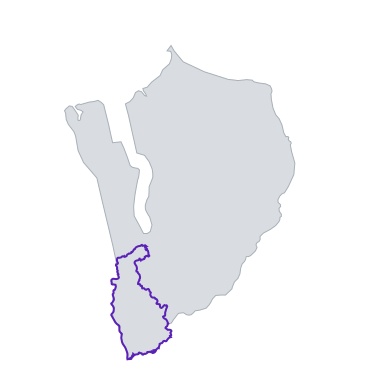 Senegal, with Kédougou highlighted, rotated 76°
{"feature_id": "SEN-5515", "entity_name": "Kédougou", "entity_type": "Region", "adm_level": 1, "iso_a3": "SEN", "parent_name": "Senegal", "parent_adm1": "", "projection": "albers", "projection_center": [-12.553, 12.877], "detail": "fine", "context": "in_parent", "style": "outline", "palette": "violet", "viewbox_px": 384, "rotation_deg": 76, "n_neighbors": 0, "source": "natural_earth", "source_scale": "10m", "svg_char_len": 8474}
<svg xmlns="http://www.w3.org/2000/svg" viewBox="0 0 384 384"><g transform="rotate(76 192 192)"><path d="M295.6,176.6L300.1,184.5L299.1,188.3L298.1,193.9L300.6,197.9L303.6,200.5L305.8,202.9L308.1,206.3L308.5,212.9L308.1,217.7L309.6,219.9L310.9,222.6L310.7,224.9L309.8,226.9L307.0,229.6L306.5,234.6L311.2,240.6L314.2,243.8L314.2,245.7L315.0,247.8L317.2,250.2L318.6,249.6L320.1,247.6L320.7,246.3L324.7,246.9L326.6,247.5L329.2,251.4L330.2,254.0L330.8,257.3L333.5,261.4L335.9,264.3L336.4,266.1L338.5,268.5L337.2,274.0L337.4,276.8L336.0,284.1L335.7,287.5L335.8,288.8L339.0,291.4L338.6,295.1L335.4,294.4L329.8,294.0L318.5,296.0L314.6,295.2L307.2,295.5L301.9,296.5L295.2,298.9L290.0,298.4L287.2,296.5L283.5,296.6L279.3,295.6L274.9,293.8L270.8,292.8L266.5,289.5L264.4,288.9L263.0,289.7L261.8,290.9L260.5,291.6L258.1,290.9L257.2,288.7L258.0,286.4L258.2,284.8L257.1,283.9L254.4,283.5L250.1,283.5L243.1,282.8L241.6,282.4L226.0,281.8L209.8,281.6L196.2,281.5L178.9,281.3L166.7,281.1L155.4,280.9L146.6,285.3L137.1,290.1L124.3,292.5L109.6,291.4L104.9,292.0L100.0,294.1L96.5,295.6L91.4,296.5L84.9,295.6L82.2,296.0L80.6,293.8L78.8,290.2L80.0,287.5L84.0,285.9L90.0,283.8L93.2,285.0L95.0,285.1L95.4,283.7L94.8,282.9L90.3,280.9L88.0,278.3L86.0,279.8L84.3,282.9L82.9,283.8L80.8,284.6L79.7,282.5L79.3,280.4L80.2,278.8L79.9,269.9L80.5,265.2L80.3,261.0L83.2,258.3L85.9,256.6L96.3,256.6L106.1,256.6L115.4,256.9L125.0,257.1L126.1,248.8L129.1,248.2L133.6,247.4L142.0,246.4L151.4,245.6L153.5,244.0L155.0,241.2L156.0,238.8L158.0,237.7L160.6,238.6L164.0,239.9L167.6,242.0L171.7,243.9L174.4,245.1L180.9,248.0L192.1,252.2L201.3,253.9L212.4,251.0L220.5,249.1L221.5,245.5L220.2,242.0L214.3,238.8L206.1,239.1L203.6,240.0L199.8,241.0L197.6,241.4L193.7,240.6L188.9,237.8L185.8,235.0L181.6,233.7L176.5,232.3L168.4,226.5L164.2,225.5L160.2,225.1L152.4,226.2L144.9,229.2L140.8,236.1L133.3,235.9L117.2,235.5L102.5,235.1L90.4,235.3L89.2,230.3L86.4,226.2L81.8,222.7L80.8,219.5L82.4,216.8L87.0,214.6L88.0,212.9L85.7,213.2L82.1,214.6L79.7,214.6L79.5,210.2L75.6,204.5L71.3,194.8L66.3,190.8L62.2,182.9L57.9,179.9L53.8,178.4L50.4,178.6L49.0,182.1L44.8,176.9L50.8,175.2L63.5,169.1L78.3,151.0L91.6,129.5L93.4,124.4L95.0,120.5L96.2,111.7L98.1,106.4L99.9,105.5L102.1,101.4L104.9,94.4L107.9,90.5L111.3,89.8L113.9,90.1L115.7,91.6L121.2,92.6L130.2,93.1L137.2,92.1L142.2,89.7L148.7,88.5L156.7,88.6L160.9,87.6L161.4,85.5L162.4,84.9L164.1,85.8L165.7,85.5L167.2,84.0L168.6,83.9L170.1,85.2L176.8,85.6L188.8,85.2L199.8,89.0L209.9,97.1L215.1,102.4L215.5,105.0L217.1,107.7L220.2,110.4L222.9,111.0L225.5,109.3L227.5,109.5L228.9,111.5L231.8,112.0L235.0,110.7L237.3,111.2L237.7,112.4L238.3,113.0L239.8,113.3L241.9,114.9L244.9,119.1L247.2,125.0L249.1,132.6L251.5,136.7L254.6,137.4L256.3,139.0L256.7,140.8L257.5,142.0L259.0,142.7L261.6,142.3L264.6,144.8L267.8,150.4L268.4,152.9L267.8,154.2L268.0,155.2L270.2,156.2L272.2,158.0L273.9,160.7L277.5,163.1L283.0,165.3L287.0,168.4L289.5,172.6L294.5,176.2L295.6,176.6Z" fill="#d9dde1" stroke="#a8b0b8" stroke-width="1"/><path d="M313.9,246.9L314.0,247.5L314.5,247.6L315.7,248.2L316.1,248.5L316.3,248.8L316.6,249.8L316.8,250.1L317.4,250.6L317.7,250.6L317.9,250.4L319.9,248.8L320.0,247.9L320.3,246.9L320.8,246.0L321.5,245.6L322.2,245.7L322.6,246.1L322.9,246.6L323.3,247.0L323.8,247.0L324.7,246.8L325.9,246.8L326.2,247.0L326.1,247.7L326.2,248.2L326.7,248.2L327.4,248.1L327.7,247.9L327.7,249.0L328.1,250.0L329.2,251.6L330.3,252.6L330.5,253.0L330.5,253.6L329.9,254.5L329.7,255.0L329.8,255.9L330.3,256.5L330.9,257.0L331.3,257.7L331.3,259.4L331.6,260.2L332.4,260.4L333.1,260.8L333.7,261.2L334.3,261.6L335.1,261.8L335.6,262.0L335.5,262.3L335.3,262.7L335.2,263.0L335.8,264.0L336.1,264.6L336.3,264.9L336.5,265.0L336.9,265.2L336.8,265.4L336.6,265.6L336.4,265.8L336.4,266.3L336.3,267.2L336.2,267.7L336.9,267.9L337.5,267.6L337.8,267.1L337.9,266.2L338.3,266.6L338.5,267.1L338.7,267.7L338.8,269.0L338.6,269.3L338.3,269.5L337.9,269.8L337.7,269.8L337.4,269.6L337.0,269.5L336.7,269.7L336.7,270.0L336.9,270.3L337.2,270.5L337.3,270.8L337.1,271.3L336.8,271.8L336.7,272.3L336.8,273.1L336.7,273.3L336.6,273.5L336.5,273.8L336.5,274.1L336.9,274.3L337.0,274.3L337.3,274.6L337.5,274.9L337.6,275.3L337.7,275.8L337.8,276.4L337.7,277.0L337.4,277.3L337.4,277.5L337.9,278.5L338.0,278.9L337.6,279.6L336.9,279.7L336.3,279.9L335.8,281.2L335.4,281.5L335.1,281.8L335.1,282.5L335.3,282.7L335.7,282.8L336.1,283.1L336.3,283.6L336.3,284.1L336.1,285.6L336.1,286.2L336.2,286.5L336.3,286.9L336.2,287.4L335.2,287.9L334.8,288.2L335.4,288.4L335.7,288.6L336.3,289.6L336.7,289.9L336.6,289.6L336.9,289.1L337.3,288.9L337.6,289.7L337.7,290.1L338.0,290.9L338.1,291.4L338.5,290.7L339.2,291.3L339.1,292.5L338.8,293.8L338.7,295.1L337.4,295.0L334.2,293.9L332.6,293.7L328.4,294.1L326.4,294.5L322.7,295.9L320.9,296.2L317.0,296.0L316.0,295.8L313.1,294.6L312.9,294.4L312.6,294.4L312.4,294.5L311.8,294.9L310.0,295.9L309.4,296.0L308.3,295.9L305.4,295.0L304.2,295.0L303.4,295.5L301.8,296.9L300.0,297.9L291.8,300.1L291.1,299.7L289.7,297.6L288.8,296.9L286.7,296.2L285.7,295.9L284.9,295.9L284.1,296.1L283.1,296.4L281.7,297.2L281.4,297.3L280.6,297.3L280.5,297.1L280.4,296.8L280.2,296.3L278.8,294.8L278.0,294.1L277.1,293.7L276.1,293.6L273.0,293.8L272.0,293.7L271.7,293.3L271.5,292.8L270.7,292.4L269.3,292.3L268.8,292.1L268.3,291.7L268.2,291.2L268.3,290.9L268.3,290.7L267.1,289.7L265.2,288.7L263.5,288.7L262.7,290.6L262.5,291.6L262.0,292.1L261.2,292.1L260.3,291.8L259.4,291.9L258.6,291.8L257.8,291.4L257.3,290.6L257.1,289.7L257.3,288.9L258.0,287.2L258.2,286.3L258.2,285.3L258.0,284.4L257.4,283.7L256.7,283.6L255.8,283.8L254.9,283.8L254.1,283.3L253.6,283.9L253.2,283.6L252.9,283.6L252.6,283.6L252.2,283.6L251.6,283.8L251.4,283.9L251.1,283.7L250.7,283.2L250.4,283.1L250.1,283.1L249.2,283.4L248.8,283.4L248.4,283.4L247.8,283.0L247.4,282.9L247.0,282.9L245.5,283.2L245.3,283.3L245.2,283.4L245.1,283.5L244.8,283.5L244.5,283.5L244.1,283.2L243.9,283.1L243.9,282.3L243.5,281.3L242.9,281.0L242.6,281.1L242.4,281.2L242.0,281.3L241.5,281.4L240.4,281.4L239.8,281.3L239.3,281.1L238.6,280.8L238.3,280.5L237.9,280.1L237.9,279.8L237.9,279.5L238.1,279.1L238.2,278.9L238.3,277.0L238.3,276.7L238.2,276.4L238.0,276.0L237.7,275.6L237.6,275.3L237.6,275.0L237.6,274.7L238.0,274.1L238.1,273.9L238.2,273.6L238.0,273.4L237.8,273.2L238.2,273.0L238.5,273.0L238.7,272.9L238.7,272.6L238.5,272.2L238.4,271.1L238.1,270.9L237.5,270.4L237.0,269.9L236.9,269.5L236.7,268.7L236.5,268.4L236.4,268.1L236.5,267.9L236.6,267.7L236.7,267.4L236.5,265.9L236.4,265.7L236.2,265.6L235.9,265.5L235.6,265.4L235.5,265.2L235.7,264.8L235.8,264.5L235.7,264.3L235.3,263.9L235.0,263.5L234.5,262.9L233.7,262.4L233.6,262.2L233.6,261.9L233.6,261.6L233.6,261.3L233.5,261.1L233.2,261.0L232.9,260.7L232.3,260.0L232.0,259.3L231.9,258.8L231.8,258.0L231.6,257.6L231.6,257.3L231.6,257.0L231.7,256.7L231.7,256.0L231.8,255.6L231.7,254.6L231.6,254.2L231.4,254.0L231.2,253.9L231.2,253.4L232.3,252.9L232.4,250.3L233.2,249.7L233.0,250.5L233.3,250.9L233.9,251.0L234.3,250.9L234.6,250.4L234.9,250.1L235.6,249.7L236.5,249.4L237.1,249.7L236.8,250.7L237.4,250.5L237.8,249.3L238.3,249.0L240.2,249.0L242.1,249.4L242.7,249.1L243.2,248.9L243.6,248.9L244.1,249.7L243.6,250.5L243.2,250.9L243.0,251.4L243.0,252.1L243.2,252.5L243.3,252.9L243.4,253.3L243.5,253.5L243.9,253.5L244.2,253.4L244.3,253.6L244.5,253.9L244.8,254.1L245.1,254.3L245.4,254.5L245.2,255.2L245.5,255.7L245.7,256.3L245.5,257.0L245.4,257.6L246.0,258.2L244.0,258.9L244.0,259.2L245.0,259.6L245.2,260.8L245.1,262.3L245.3,263.6L246.3,264.7L247.2,264.9L249.3,264.3L250.7,263.8L251.4,263.8L252.8,263.9L254.1,264.4L254.9,265.1L255.7,265.1L256.2,264.4L256.6,264.0L257.6,264.0L258.7,263.4L259.6,262.9L262.2,263.0L263.2,263.4L264.1,264.3L264.8,264.3L265.9,265.4L267.2,266.3L268.2,266.6L268.6,265.9L268.6,265.3L269.0,264.8L269.8,264.8L270.6,264.6L270.7,263.7L271.1,263.3L272.1,263.4L272.8,263.7L273.5,263.5L273.5,262.7L273.9,261.8L275.1,261.1L275.8,260.2L275.5,259.1L275.5,257.9L276.2,257.3L277.2,257.2L278.2,257.2L279.0,256.7L279.6,256.3L280.3,256.7L281.0,257.2L282.1,257.3L283.7,256.9L284.5,256.3L285.1,255.3L285.2,254.3L285.8,253.6L286.8,253.4L287.1,252.7L287.8,252.1L289.0,251.8L290.2,252.1L290.9,253.0L291.4,253.4L292.0,253.3L292.3,252.4L292.7,251.8L293.0,250.7L293.5,250.4L295.1,250.7L296.3,250.7L297.1,249.8L296.8,248.6L295.4,246.9L295.1,246.0L295.8,245.3L295.8,244.1L296.9,243.7L298.3,244.6L299.6,245.6L301.0,246.3L302.4,247.2L304.1,247.6L305.4,248.0L305.6,249.0L305.9,250.2L306.9,250.2L308.2,249.3L309.4,247.9L311.1,247.4L313.9,246.9Z" fill="none" stroke="#5b21b6" stroke-width="2"/></g></svg>